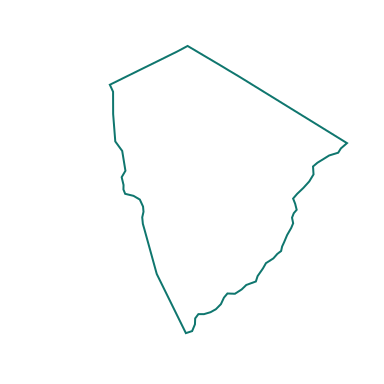 Ouro Branco, Alagoas, Brazil (Mercator projection), rotated 205°
{"feature_id": "56859067B3091732010719", "entity_name": "Ouro Branco", "entity_type": "district", "adm_level": 2, "iso_a3": "BRA", "parent_name": "Brazil", "parent_adm1": "Alagoas", "projection": "mercator", "projection_center": [-37.381, -9.112], "detail": "fine", "context": "isolated", "style": "outline", "palette": "teal", "viewbox_px": 384, "rotation_deg": 205, "n_neighbors": 0, "source": "geoboundaries", "source_scale": "gbopen_adm2", "svg_char_len": 922}
<svg xmlns="http://www.w3.org/2000/svg" viewBox="0 0 384 384"><g transform="rotate(205 192 192)"><path d="M133.1,66.0L133.4,73.3L135.7,78.8L134.6,84.0L129.6,86.3L124.4,90.9L120.8,95.9L118.4,102.6L118.4,109.8L117.0,115.0L110.1,117.9L105.8,124.7L103.5,130.7L96.3,137.9L97.0,143.5L95.4,152.7L94.9,158.8L90.2,166.2L88.5,172.0L86.3,176.2L87.3,180.7L87.3,185.4L87.6,193.2L86.9,201.3L87.1,206.4L90.5,211.0L90.8,215.8L89.6,220.1L93.5,224.9L97.6,228.8L95.9,234.8L92.8,242.7L90.2,251.1L89.3,259.3L93.1,266.3L90.7,271.5L83.1,283.1L76.1,289.4L75.5,294.4L72.2,301.8L198.7,316.6L209.8,317.7L216.1,318.4L257.7,322.5L265.3,312.4L270.3,306.2L311.8,254.5L305.9,249.5L296.4,229.3L282.9,205.4L272.6,199.7L261.3,183.1L262.0,175.7L257.0,169.4L255.2,165.3L251.8,162.1L243.4,163.8L236.1,163.1L230.2,158.1L227.6,153.6L226.4,148.0L223.1,142.4L219.3,138.0L189.3,102.8L137.9,61.5L133.1,66.0Z" fill="none" stroke="#0f766e" stroke-width="2"/></g></svg>